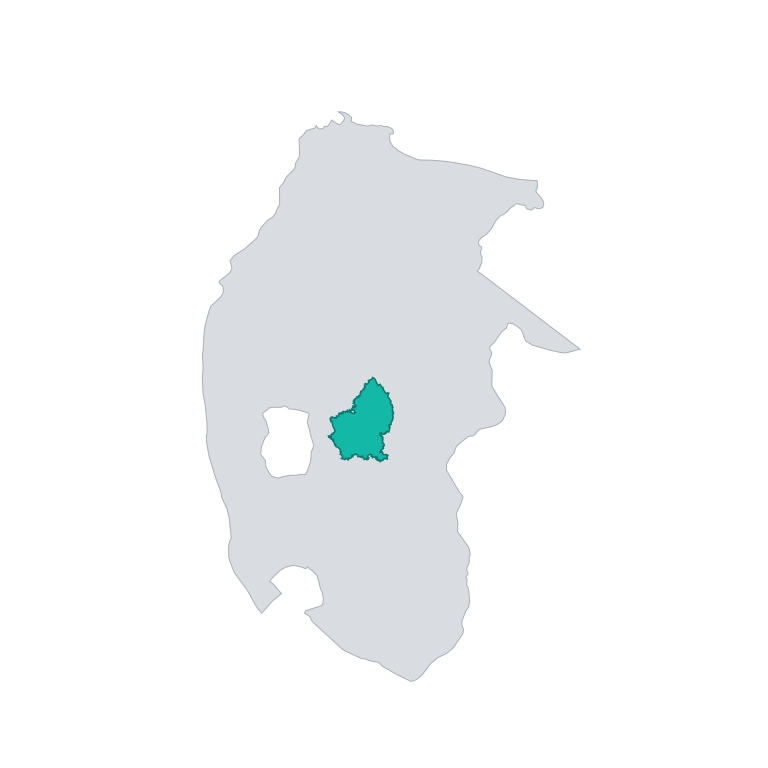 Lejweleputswa, Free State, South Africa shown in context, rotated 130°
{"feature_id": "47623444B29116896592790", "entity_name": "Lejweleputswa", "entity_type": "district", "adm_level": 2, "iso_a3": "ZAF", "parent_name": "South Africa", "parent_adm1": "Free State", "projection": "orthographic", "projection_center": [25.98, -28.097], "detail": "fine", "context": "in_parent", "style": "filled", "palette": "teal", "viewbox_px": 768, "rotation_deg": 130, "n_neighbors": 0, "source": "geoboundaries", "source_scale": "gbopen_adm2", "svg_char_len": 9714}
<svg xmlns="http://www.w3.org/2000/svg" viewBox="0 0 768 768"><g transform="rotate(130 384 384)"><path d="M524.7,163.1L542.1,161.3L549.8,162.8L559.0,166.9L567.8,168.5L582.6,167.8L587.6,168.6L591.6,170.0L594.5,172.2L598.2,187.1L601.2,203.2L600.9,208.3L601.4,210.3L605.3,217.2L606.6,221.5L608.9,225.0L613.5,242.2L614.0,245.2L612.1,286.2L609.9,291.1L610.5,297.6L608.0,298.3L594.0,289.4L591.5,289.6L587.4,292.5L583.4,297.2L581.5,301.2L573.9,312.0L573.1,319.0L573.5,325.0L575.9,325.4L577.4,329.8L581.1,336.8L587.4,341.5L593.4,343.8L601.9,344.7L608.6,344.9L608.4,340.2L610.5,327.8L621.6,329.9L638.2,330.4L636.6,338.5L629.7,356.6L624.8,377.2L619.3,387.4L616.4,391.6L608.1,398.8L603.8,401.1L600.3,401.9L586.0,416.7L580.6,424.0L575.7,434.6L571.0,440.4L564.0,452.9L552.0,471.3L542.0,483.3L537.7,486.7L534.8,488.3L527.0,495.2L516.0,506.4L507.7,516.4L495.4,527.7L488.3,532.6L477.7,542.4L474.8,543.9L462.9,553.0L454.5,558.5L440.8,564.9L435.5,566.7L422.6,565.0L417.2,565.9L412.8,569.8L412.4,575.5L410.5,576.3L398.7,573.8L393.9,574.3L391.1,577.3L388.8,581.1L382.1,581.4L370.1,577.6L355.9,575.5L352.6,575.3L345.8,578.3L343.5,578.8L333.5,578.4L327.9,576.7L322.6,576.8L318.6,578.5L313.7,579.2L300.9,590.2L294.1,590.4L288.3,591.9L277.8,590.9L274.8,591.7L271.8,593.7L264.7,594.8L262.1,596.5L250.7,606.7L245.8,606.0L239.6,606.2L232.3,601.4L229.6,601.9L230.2,600.3L230.3,597.5L227.6,594.9L224.9,595.2L223.2,592.9L219.0,593.0L215.6,593.9L214.3,585.0L212.6,584.2L208.4,584.3L206.3,584.7L205.4,585.6L204.5,587.7L204.9,593.9L203.3,592.2L201.4,588.6L200.5,584.7L200.8,579.9L203.8,577.9L202.5,572.0L196.7,562.0L193.5,560.0L190.7,554.9L188.2,553.1L186.9,549.5L184.4,546.7L183.2,542.1L184.3,539.3L186.2,537.7L188.5,539.9L191.0,538.8L194.4,535.2L196.3,529.9L195.8,521.7L194.9,516.6L191.0,503.5L189.4,500.5L182.0,491.4L173.3,479.2L161.9,459.8L156.2,448.1L147.2,424.2L139.7,410.9L130.8,398.6L129.8,397.9L130.8,396.2L134.8,392.9L136.7,392.0L137.8,392.3L138.7,391.4L139.5,389.3L139.9,384.7L141.5,379.7L143.1,377.5L146.8,375.9L149.8,377.5L151.1,379.2L151.7,381.5L153.1,382.5L155.1,382.3L156.6,383.6L157.7,386.5L157.7,388.6L156.6,390.0L156.9,391.7L158.5,393.8L160.4,398.4L168.3,400.3L172.6,400.4L176.8,401.3L180.8,403.1L187.2,403.3L195.9,401.6L203.2,401.7L209.1,403.4L213.2,403.5L215.7,402.1L216.7,400.1L216.3,397.7L217.4,396.1L220.3,395.3L222.5,393.3L224.1,390.1L228.0,387.4L234.2,385.2L237.4,385.1L231.3,256.3L243.3,264.6L246.2,268.6L252.3,280.4L258.7,295.0L259.9,302.1L259.7,303.7L254.2,313.7L254.2,318.6L255.1,324.2L256.6,327.0L258.3,327.8L262.4,326.2L268.7,327.5L280.7,326.3L286.7,326.9L288.2,326.4L289.5,325.1L290.9,321.7L292.3,320.5L297.8,318.8L300.3,316.8L304.0,309.9L315.7,300.6L317.0,298.4L324.0,276.7L326.3,273.6L329.6,271.4L336.2,269.7L340.1,270.5L344.3,272.2L349.1,275.3L356.3,281.0L358.7,281.9L365.8,282.0L370.2,285.8L383.4,288.3L387.2,288.1L391.3,286.0L398.1,286.0L405.4,284.5L409.8,280.7L418.3,257.1L419.2,251.9L420.2,250.5L427.1,247.9L435.7,245.8L437.4,244.8L442.7,238.2L449.7,232.9L454.7,214.1L457.9,209.7L459.9,207.8L461.2,207.8L463.0,206.7L465.3,204.4L468.1,203.0L471.3,202.5L473.4,201.0L474.4,198.5L476.0,197.3L478.4,197.4L479.7,196.6L480.1,194.9L485.4,191.0L485.5,189.4L488.6,185.5L494.6,179.3L500.2,175.9L505.4,175.3L515.1,172.2L518.6,169.3L520.9,165.3L524.7,163.1ZM502.9,440.3L511.1,437.4L517.2,433.3L518.8,425.7L523.5,421.1L525.3,416.8L526.8,410.8L524.2,404.4L520.5,402.4L513.8,396.8L510.8,393.0L506.8,389.8L503.9,386.0L499.1,387.1L491.7,390.0L487.1,392.7L483.2,395.9L476.3,398.1L469.7,408.4L467.6,410.7L462.5,418.3L455.2,421.9L455.0,423.3L457.4,429.5L460.6,435.7L464.1,440.7L463.9,443.9L465.0,446.3L468.2,448.0L473.3,454.3L475.9,456.4L483.9,458.0L485.1,457.6L487.3,453.9L487.7,451.3L493.2,443.3L495.6,440.8L502.9,440.3Z" fill="#d9dde1" stroke="#a8b0b8" stroke-width="1"/><path d="M417.7,349.5L417.2,349.7L416.9,350.1L416.1,350.1L414.8,351.0L414.5,351.0L413.9,351.5L413.0,351.7L412.9,351.9L413.0,352.4L412.9,352.7L413.0,353.4L412.5,354.0L412.3,354.0L411.8,353.7L411.5,353.1L411.1,353.1L410.8,352.8L410.2,352.6L409.7,353.4L409.1,353.7L407.8,354.0L406.8,353.9L406.5,354.6L405.6,354.8L405.0,354.7L404.1,355.2L403.7,355.7L403.2,356.0L402.7,356.7L402.5,357.5L402.2,357.4L401.7,357.6L401.3,357.5L400.4,357.7L400.0,358.5L399.3,359.0L399.4,359.3L399.9,359.7L399.8,360.0L398.0,360.9L397.7,361.6L396.9,362.2L396.1,362.2L396.0,363.1L395.6,363.4L395.4,363.8L394.9,364.0L394.7,364.2L394.7,364.4L395.1,364.8L395.3,365.2L394.3,366.5L394.2,367.1L393.8,367.3L393.2,367.2L392.8,367.4L390.9,373.6L389.7,373.5L389.1,374.5L388.0,374.4L388.6,375.7L390.1,376.3L388.6,381.2L388.4,381.1L387.4,382.6L388.0,383.0L386.8,386.9L389.1,387.6L386.1,394.0L386.0,394.9L386.4,396.9L388.2,396.3L391.0,398.0L391.4,398.1L391.7,398.0L392.0,396.5L392.4,396.7L394.9,396.6L395.7,398.7L396.2,398.6L396.8,397.9L397.3,398.1L397.6,397.9L397.8,397.7L398.1,397.7L398.4,397.3L398.5,397.2L398.4,396.6L399.1,396.2L399.7,396.6L400.3,396.5L400.5,396.1L400.9,396.4L401.2,396.1L401.4,396.4L401.7,396.1L402.0,396.3L402.5,396.2L403.0,396.4L403.2,396.6L403.6,396.6L403.8,396.8L404.7,397.0L405.0,396.7L405.0,396.2L405.8,396.2L406.0,396.4L406.8,395.7L407.1,395.8L407.9,395.3L408.0,394.8L408.5,394.7L408.8,394.9L408.8,395.3L409.0,395.4L409.2,395.7L409.4,395.6L409.6,395.7L409.8,395.4L410.3,395.7L410.4,395.3L410.7,395.6L411.1,395.7L411.3,396.2L411.5,395.9L411.8,395.8L411.9,396.0L412.2,395.9L412.5,396.1L412.6,395.9L412.9,396.3L413.1,396.2L413.6,396.5L413.9,396.5L414.1,396.5L414.4,396.6L414.9,396.4L415.2,396.6L415.4,396.3L415.7,396.5L415.8,396.1L416.3,396.1L416.7,395.9L416.9,396.1L417.1,394.7L418.5,395.2L418.5,393.4L418.8,392.1L419.0,392.2L419.2,391.4L420.1,391.9L420.2,391.4L420.8,391.8L421.2,391.4L421.3,391.5L420.5,393.1L420.7,393.7L422.3,392.9L423.6,392.8L423.5,392.1L423.9,391.5L424.0,391.6L424.0,391.2L424.2,391.3L424.0,390.7L423.4,389.8L424.3,388.1L424.1,387.6L425.3,387.6L425.3,388.1L426.0,388.1L426.5,389.7L427.5,391.4L426.0,391.7L426.0,392.0L425.4,392.2L425.8,393.3L425.9,393.0L426.0,392.9L426.4,393.1L426.8,393.0L426.9,393.4L427.2,393.2L427.5,393.2L427.6,393.4L427.3,393.6L427.7,393.8L427.7,394.6L427.9,394.4L428.0,394.7L428.3,394.4L428.4,394.7L428.6,394.7L428.7,394.4L428.9,394.3L428.9,394.6L429.2,394.8L429.1,395.0L429.3,395.0L429.6,395.4L429.9,395.3L429.9,395.7L430.2,395.7L430.8,396.4L430.8,396.6L431.2,396.8L431.0,397.3L431.6,397.7L431.9,397.6L432.3,397.8L433.2,396.4L434.1,397.0L434.1,397.8L433.8,398.4L434.5,398.7L434.7,399.1L435.1,399.1L435.1,399.3L435.3,399.5L436.2,399.5L436.3,398.6L437.5,398.0L438.3,399.0L438.7,399.1L439.1,399.9L439.8,399.3L439.8,399.0L440.4,398.7L440.3,399.3L440.8,399.3L441.5,400.1L441.9,400.1L442.4,402.0L442.5,401.9L442.7,402.3L443.2,402.6L443.4,403.0L444.2,402.2L444.9,402.4L444.7,403.0L445.0,403.1L445.1,402.8L445.3,402.7L445.6,402.1L445.6,401.9L446.0,401.8L446.0,401.3L446.9,400.5L446.1,400.0L449.2,395.9L451.0,391.8L451.0,391.6L452.1,391.1L452.9,391.0L453.0,391.2L454.7,391.0L454.7,391.4L454.8,391.6L455.0,391.6L455.2,391.9L455.6,391.6L456.1,391.8L456.8,391.4L457.0,391.8L458.4,390.3L458.4,390.6L458.6,390.6L458.4,391.6L458.7,392.2L459.0,392.4L459.5,393.2L460.3,392.1L460.2,392.0L459.9,392.3L459.6,392.3L459.2,392.1L459.2,391.8L459.0,391.6L459.9,390.7L460.2,389.7L459.7,389.4L460.0,388.6L459.6,388.3L460.3,386.9L459.7,386.8L460.4,386.5L460.5,385.9L460.2,385.9L460.4,385.1L460.9,385.0L461.8,383.2L462.2,382.8L461.4,382.2L461.9,381.8L462.0,381.5L462.8,381.0L462.1,378.2L462.4,374.8L463.3,374.2L463.8,374.4L464.0,372.9L464.5,372.9L465.9,372.5L465.8,371.6L465.4,370.9L465.9,370.5L466.5,368.6L468.5,368.7L467.4,366.7L467.4,366.4L467.1,366.3L467.2,365.8L466.5,365.9L466.4,365.4L465.5,365.6L465.7,365.2L465.2,365.0L465.3,363.0L465.1,362.6L463.3,363.5L463.1,362.7L463.1,362.2L461.4,361.7L460.7,361.9L460.0,361.4L460.0,361.5L459.8,361.6L459.6,362.1L459.5,361.7L459.3,361.8L459.3,362.6L458.9,362.5L458.9,361.9L458.4,362.2L456.9,360.8L456.3,361.0L455.8,359.8L455.6,359.9L455.3,358.1L456.4,357.4L455.4,356.0L454.6,355.3L455.0,354.9L454.7,354.5L454.1,354.8L453.1,354.1L454.3,353.1L453.3,352.3L454.6,350.7L453.0,349.5L453.0,349.0L452.4,349.3L452.0,349.3L452.5,348.0L451.7,347.8L451.7,348.1L450.7,348.0L450.1,348.4L450.5,349.9L450.2,350.4L449.2,350.2L448.4,350.2L447.1,349.9L446.7,349.5L446.4,347.7L446.8,347.9L446.8,347.5L447.0,347.6L446.9,347.8L447.6,347.6L447.1,345.7L447.6,345.4L446.5,345.0L446.2,343.5L444.8,343.7L444.7,341.9L446.0,341.8L446.6,341.9L446.5,341.3L446.4,341.3L446.2,340.8L446.4,340.7L446.2,340.3L446.7,340.1L446.6,339.6L446.0,339.8L445.9,339.3L445.3,339.5L445.1,339.1L445.5,338.9L445.7,337.8L446.0,337.5L446.0,337.1L444.9,337.3L444.3,336.3L443.1,336.3L442.8,335.7L440.9,336.1L440.3,335.2L440.5,335.2L439.3,333.3L438.7,334.2L438.1,334.2L437.7,335.0L437.3,335.2L436.7,334.9L436.3,334.9L436.1,335.6L436.5,336.3L436.6,337.0L437.4,337.7L437.8,338.2L438.2,338.4L438.5,339.1L438.2,339.7L438.4,340.8L438.0,341.0L437.9,340.8L438.1,340.5L437.8,340.4L437.3,341.1L437.2,341.5L436.9,341.7L436.9,341.9L437.3,342.4L438.1,343.0L438.5,342.9L439.0,343.1L438.9,343.4L438.7,343.6L437.0,343.2L436.1,343.9L434.6,343.1L434.2,343.3L433.7,343.1L433.2,343.8L433.1,344.8L432.8,344.7L432.6,344.3L432.2,344.2L431.9,344.4L431.2,344.2L430.8,344.7L430.5,344.7L430.2,345.5L429.8,346.2L429.8,346.6L430.2,347.0L430.1,347.6L429.2,347.7L428.8,348.3L428.3,348.4L427.7,349.4L427.3,349.2L427.1,349.2L426.8,349.5L426.8,350.0L426.5,350.4L425.6,350.5L425.3,351.4L425.6,352.3L424.7,353.1L425.1,353.5L425.8,353.5L425.9,353.9L425.2,354.7L424.4,355.1L424.1,355.4L423.7,355.4L423.1,354.4L423.3,353.8L423.2,352.8L423.0,352.3L422.4,352.0L422.4,351.6L422.0,351.5L421.3,351.8L421.1,351.2L420.6,350.8L420.1,351.0L419.7,351.0L419.8,351.4L419.6,351.6L419.0,351.6L418.5,351.5L418.2,351.0L418.1,350.8L418.2,350.4L417.7,349.5Z" fill="#14b8a6" stroke="#0f766e" stroke-width="1.5"/></g></svg>